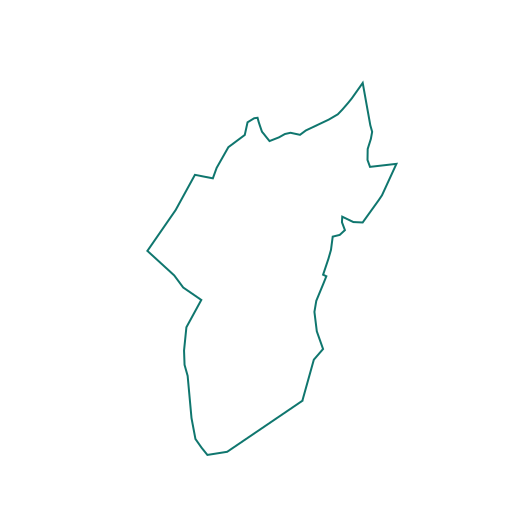 Binji, Sokoto, Nigeria, rotated 294°
{"feature_id": "59680162B68799842423101", "entity_name": "Binji", "entity_type": "district", "adm_level": 2, "iso_a3": "NGA", "parent_name": "Nigeria", "parent_adm1": "Sokoto", "projection": "mercator", "projection_center": [4.841, 13.211], "detail": "fine", "context": "isolated", "style": "outline", "palette": "teal", "viewbox_px": 512, "rotation_deg": 294, "n_neighbors": 0, "source": "geoboundaries", "source_scale": "gbopen_adm2", "svg_char_len": 1012}
<svg xmlns="http://www.w3.org/2000/svg" viewBox="0 0 512 512"><g transform="rotate(294 256 256)"><path d="M198.3,355.1L211.9,342.2L228.7,332.1L239.6,329.3L258.2,328.8L266.1,328.5L266.2,324.9L282.9,323.3L292.1,322.0L304.9,318.2L309.3,323.9L315.8,326.7L321.8,320.8L327.0,318.8L326.6,331.1L330.0,339.8L357.0,345.4L362.7,346.4L397.3,346.8L383.8,323.9L389.1,318.8L399.2,314.5L409.7,313.3L416.7,311.6L422.0,307.2L457.5,283.1L439.0,279.4L433.7,278.0L424.8,275.3L418.7,273.1L410.2,267.0L391.0,250.5L384.6,246.9L382.6,237.4L379.2,232.8L373.7,228.7L366.5,221.6L369.1,216.5L370.8,213.3L371.8,211.2L372.5,210.4L374.0,209.0L376.8,206.4L379.7,203.8L382.9,201.2L381.1,198.3L374.7,193.9L362.0,196.5L344.2,186.5L320.5,184.2L309.4,185.0L305.3,167.2L265.3,163.9L216.5,154.7L205.0,189.2L197.6,202.3L193.6,223.9L162.6,221.4L140.4,228.7L127.5,235.0L118.7,242.3L81.7,263.0L64.2,275.1L58.7,284.3L54.5,292.5L65.4,309.3L94.7,327.5L142.7,357.3L142.8,357.2L184.8,351.0L198.3,355.1Z" fill="none" stroke="#0f766e" stroke-width="2"/></g></svg>